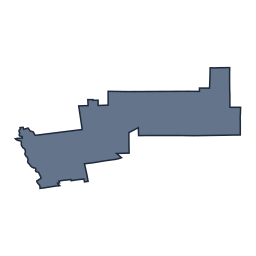 the district of Contesti, Teleorman, Romania
{"feature_id": "2599482B71903037173663", "entity_name": "Contesti", "entity_type": "district", "adm_level": 2, "iso_a3": "ROU", "parent_name": "Romania", "parent_adm1": "Teleorman", "projection": "robinson", "projection_center": [25.518, 43.808], "detail": "fine", "context": "isolated", "style": "filled", "palette": "slate", "viewbox_px": 256, "rotation_deg": 0, "n_neighbors": 0, "source": "geoboundaries", "source_scale": "gbopen_adm2", "svg_char_len": 3861}
<svg xmlns="http://www.w3.org/2000/svg" viewBox="0 0 256 256"><path d="M240.3,135.0L240.3,120.9L240.2,120.8L240.2,120.3L240.2,118.7L240.2,117.4L240.2,116.8L240.3,115.2L240.4,113.8L240.5,111.7L240.5,110.2L240.6,109.1L240.6,108.4L240.6,107.3L239.0,107.3L236.7,107.3L235.9,107.3L235.0,107.3L234.4,107.3L232.5,107.3L231.0,107.3L229.9,107.2L229.9,105.1L229.9,104.2L229.9,102.6L229.9,101.2L229.9,99.9L229.9,98.3L229.9,97.4L229.9,96.5L229.9,95.7L229.9,94.4L229.8,93.2L229.8,91.8L229.7,91.7L229.7,91.1L229.7,90.4L229.7,89.4L229.6,88.4L229.6,87.9L229.6,87.4L229.7,86.7L229.6,84.3L229.6,81.8L229.6,79.8L229.6,78.2L229.6,75.4L229.6,74.7L229.6,73.2L229.6,71.3L229.7,69.6L229.7,67.6L227.6,67.6L226.4,67.6L225.0,67.7L223.6,67.7L221.5,67.7L220.1,67.7L219.9,67.7L217.1,67.8L215.0,67.9L211.2,67.8L210.1,67.8L210.1,70.7L209.9,79.3L209.9,80.1L209.5,88.1L199.4,88.1L199.5,91.4L189.0,91.3L169.2,91.4L127.8,91.6L108.1,91.3L108.1,105.1L98.1,105.5L98.1,100.2L93.0,100.3L93.0,99.6L87.8,99.6L88.1,105.6L78.7,105.9L82.2,129.5L35.6,135.3L35.2,135.4L34.0,133.3L33.1,131.8L32.1,131.5L30.4,131.0L30.0,130.8L28.0,128.0L27.5,128.2L23.8,129.3L23.1,127.3L21.0,127.5L20.0,127.6L20.1,128.3L20.1,129.0L20.0,129.4L19.9,129.6L19.7,129.8L19.2,130.1L19.1,130.3L19.0,130.5L19.0,131.1L19.0,131.3L19.2,131.6L19.2,131.9L19.3,132.1L19.3,132.3L19.5,132.5L19.7,132.8L19.7,133.1L19.7,133.5L19.5,133.8L19.3,134.2L19.2,134.4L19.2,134.7L19.2,135.0L19.3,135.2L19.4,135.6L19.7,136.0L20.0,136.1L20.6,136.2L21.9,136.4L22.1,136.5L22.2,137.1L22.3,138.0L22.0,137.9L21.7,138.0L21.2,138.1L20.8,138.1L19.7,138.3L18.6,138.2L17.9,138.3L16.8,138.4L16.3,138.7L16.1,138.9L15.4,138.8L15.6,139.1L16.3,139.6L17.5,140.3L17.8,140.4L18.3,140.5L19.3,140.7L20.0,140.8L20.5,140.9L20.8,141.1L21.0,141.3L21.2,141.6L21.3,142.0L21.3,142.5L21.3,143.7L21.3,144.7L21.4,145.1L21.7,146.0L22.3,146.8L22.8,147.6L23.1,147.9L23.7,148.2L24.1,148.6L24.4,148.9L24.7,149.2L25.0,149.7L25.2,150.3L25.3,150.9L25.4,151.6L25.3,152.4L25.0,153.4L24.9,153.8L24.9,154.2L25.0,154.4L25.2,154.8L25.4,155.2L25.6,155.7L25.7,155.9L25.9,156.1L26.1,156.2L26.6,156.6L26.9,156.8L27.0,157.1L27.3,157.5L27.5,158.2L27.7,158.7L27.8,158.9L28.0,159.2L28.1,159.4L28.1,159.6L28.0,160.0L27.9,160.4L27.7,160.9L27.7,161.1L27.7,161.5L27.8,161.9L27.8,162.3L27.9,162.5L28.2,162.9L28.5,163.4L28.7,163.6L28.9,163.7L29.2,163.9L29.5,164.2L29.9,164.8L30.3,165.5L30.5,165.8L30.8,166.1L31.4,166.6L31.6,166.8L31.8,167.0L32.2,167.3L33.0,167.6L33.5,167.8L33.7,168.0L34.0,168.0L34.4,168.0L34.7,167.9L35.0,167.9L35.2,168.0L35.3,168.1L35.5,168.3L35.7,168.8L35.8,169.1L35.9,169.3L35.9,169.6L35.8,169.9L35.6,170.3L35.5,170.6L35.5,170.8L35.6,171.1L35.7,171.3L35.9,171.5L36.1,171.7L36.7,171.9L37.1,171.9L37.4,171.9L37.7,172.0L38.2,172.2L38.4,172.4L38.6,172.6L38.9,173.0L39.1,173.4L39.6,174.6L40.0,175.4L40.2,175.6L40.3,175.8L40.4,176.0L40.4,176.3L40.4,176.5L40.5,176.7L40.7,177.1L40.9,177.5L41.0,177.7L41.0,177.8L41.0,178.0L41.0,178.3L40.8,178.4L40.4,178.7L39.9,179.0L39.7,179.1L39.3,179.2L39.1,179.3L38.8,179.6L38.5,180.0L38.3,180.2L38.2,180.3L37.6,180.4L37.3,180.5L37.1,180.6L36.8,181.0L36.7,181.1L36.8,181.5L37.0,182.0L37.3,182.5L37.9,183.4L38.6,184.1L38.9,184.5L39.2,184.8L39.4,185.1L39.5,185.3L39.6,185.5L39.8,186.0L39.9,186.3L40.0,186.8L40.0,187.8L40.0,188.4L44.8,187.8L46.4,187.5L56.1,186.0L56.8,186.0L57.4,185.9L58.3,185.6L58.6,185.9L58.8,185.7L59.7,185.6L59.1,185.0L57.9,183.9L57.5,183.2L59.6,182.9L58.9,181.1L63.5,180.3L64.3,180.2L65.9,180.1L68.4,179.8L70.9,179.5L71.1,180.7L76.4,179.9L78.8,179.6L83.9,179.0L84.5,181.9L86.4,181.6L88.1,181.4L87.6,178.5L86.9,174.7L85.6,168.8L84.9,165.6L84.5,163.8L92.8,162.8L105.6,160.7L116.1,159.3L118.9,158.6L121.5,157.7L116.6,153.5L129.1,153.1L129.0,147.8L128.9,137.3L128.9,132.6L138.3,127.7L138.6,135.6L148.4,135.5L149.6,135.5L159.3,135.5L179.8,135.5L194.1,135.7L226.7,135.2L229.8,135.1L240.3,135.0Z" fill="#64748b" stroke="#1e293b" stroke-width="1.5"/></svg>